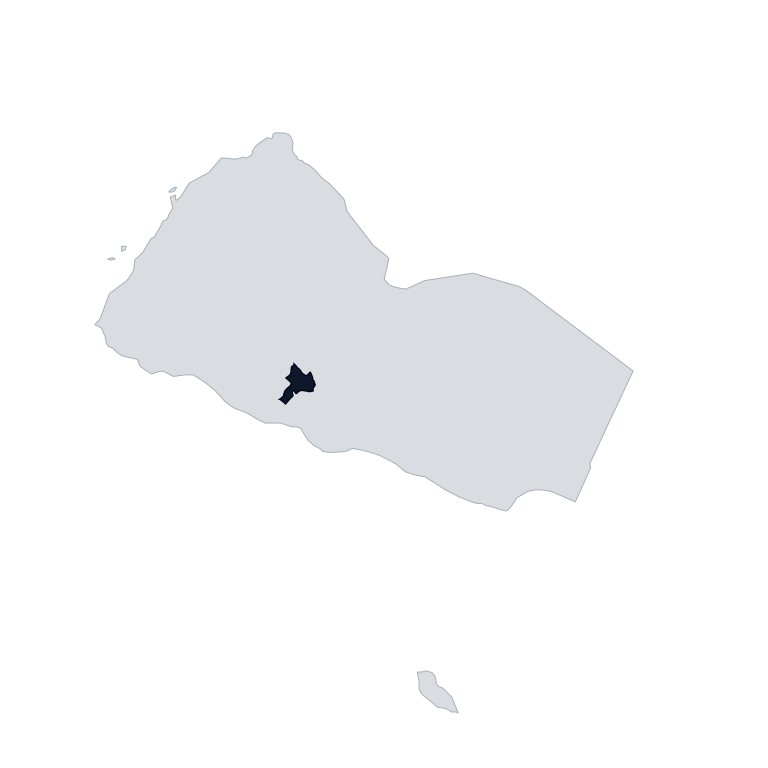 location of Ar Rawdah, Shabwah, Yemen, rotated 46°
{"feature_id": "15242507B21642495199859", "entity_name": "Ar Rawdah", "entity_type": "district", "adm_level": 2, "iso_a3": "YEM", "parent_name": "Yemen", "parent_adm1": "Shabwah", "projection": "natural_earth1", "projection_center": [47.316, 14.501], "detail": "fine", "context": "in_parent", "style": "filled", "palette": "ink", "viewbox_px": 768, "rotation_deg": 46, "n_neighbors": 0, "source": "geoboundaries", "source_scale": "gbopen_adm2", "svg_char_len": 5856}
<svg xmlns="http://www.w3.org/2000/svg" viewBox="0 0 768 768"><g transform="rotate(46 384 384)"><path d="M601.7,328.2L577.6,338.3L571.2,342.8L565.5,348.3L561.2,355.1L558.2,367.2L560.6,378.3L560.4,384.2L554.2,388.2L548.4,391.0L541.9,395.3L538.0,396.4L534.8,399.8L531.0,402.2L517.6,408.4L502.8,413.3L479.4,419.0L470.3,425.3L462.1,429.6L449.6,430.9L432.4,436.8L422.9,441.6L411.0,449.4L408.4,451.8L406.3,457.5L402.6,462.5L395.5,470.6L390.1,474.7L386.5,474.9L379.6,477.2L371.3,477.7L357.5,474.8L353.9,476.8L351.0,480.0L340.3,485.5L329.5,496.6L321.5,499.5L308.6,503.0L299.6,507.6L293.6,509.5L285.8,510.5L271.4,510.0L257.8,511.7L245.1,514.8L239.2,520.7L232.4,530.1L221.3,534.0L218.7,537.3L215.3,544.2L208.1,546.0L201.6,547.2L195.0,544.2L182.4,552.5L177.7,553.9L170.5,554.2L165.4,556.0L161.8,555.5L157.2,552.2L147.5,548.3L140.5,550.8L139.9,542.9L128.3,518.8L130.8,497.8L130.8,494.9L128.5,485.5L121.6,476.9L121.8,466.1L119.5,458.3L117.7,450.3L118.3,448.2L118.5,446.3L115.0,434.0L113.8,431.5L113.3,428.9L114.5,426.9L114.5,424.6L112.6,420.9L110.7,413.7L101.2,408.1L103.2,402.8L105.0,404.6L107.5,406.2L108.0,402.8L108.1,400.2L104.2,384.3L110.2,363.0L108.4,343.8L117.4,336.1L119.7,333.8L121.0,331.7L123.1,327.4L126.0,325.9L127.1,321.3L127.0,319.0L125.1,317.1L123.8,311.7L124.3,304.9L124.8,302.0L125.7,296.9L128.9,294.9L129.6,293.4L127.2,290.1L127.5,288.1L132.8,282.7L134.9,281.0L138.4,279.3L141.1,279.3L144.2,280.3L147.0,281.8L149.6,284.6L152.5,287.8L156.8,289.0L159.8,288.7L162.2,290.1L164.3,289.3L166.6,287.7L170.3,287.8L173.7,285.9L183.2,285.0L192.4,285.6L202.0,284.1L211.6,284.2L221.2,284.3L223.4,284.5L225.5,285.5L233.6,290.4L239.7,291.4L252.2,292.7L265.4,294.1L276.9,295.4L286.6,294.2L294.7,293.3L296.9,293.4L299.3,296.5L304.1,304.0L308.7,311.0L316.8,311.4L321.9,308.8L327.6,305.0L331.1,302.1L335.1,290.6L337.7,283.1L343.6,274.8L348.6,267.7L355.2,258.4L358.8,253.3L366.0,243.1L372.9,239.2L386.1,231.6L399.1,224.1L407.5,219.2L414.7,216.9L426.8,215.0L441.0,212.8L455.1,210.5L470.2,208.1L487.1,205.4L498.6,203.6L513.4,201.2L525.6,199.3L536.5,197.6L547.7,195.8L549.8,201.4L552.0,207.1L554.1,212.7L556.3,218.3L558.5,224.0L560.6,229.6L562.8,235.2L564.9,240.9L567.1,246.5L569.2,252.2L571.4,257.8L573.6,263.4L575.7,269.1L577.9,274.7L580.1,280.3L582.2,286.0L584.3,291.5L587.8,293.3L589.8,298.5L592.8,305.9L595.8,313.4L598.7,320.8L601.7,328.2ZM635.9,554.3L638.9,555.0L643.4,553.0L656.3,552.8L672.0,559.1L669.1,560.7L667.3,563.0L660.5,565.0L653.7,569.9L633.9,572.2L628.1,570.9L623.3,566.2L614.4,560.2L617.8,556.3L618.6,554.5L619.9,552.8L624.9,549.9L629.9,550.3L635.9,554.3ZM107.0,479.1L106.4,480.3L105.5,480.1L102.6,477.1L105.9,473.7L107.6,476.8L107.0,479.1ZM98.0,404.1L96.4,405.3L96.0,403.1L97.0,398.2L98.6,396.8L99.6,400.4L99.0,402.5L98.0,404.1ZM105.4,494.2L102.3,495.9L104.5,491.5L106.7,490.5L107.3,490.7L105.4,494.2Z" fill="#d9dde1" stroke="#a8b0b8" stroke-width="1"/><path d="M311.6,450.3L315.5,450.0L315.9,449.8L316.3,449.8L316.7,449.9L317.1,450.0L317.5,449.9L317.8,449.8L318.2,449.6L318.6,449.7L318.8,450.0L319.1,450.4L319.3,450.8L319.6,451.1L319.8,451.5L319.9,451.9L320.1,452.4L320.2,452.8L320.1,453.3L320.1,453.7L320.1,454.2L320.1,454.7L320.0,455.2L320.0,455.6L320.0,456.1L319.9,456.5L319.9,457.0L320.0,457.5L320.0,457.9L320.1,458.4L320.1,458.9L320.1,459.3L320.2,459.8L320.3,460.2L320.5,460.6L320.7,461.0L320.9,461.4L321.1,461.8L321.3,462.2L321.5,462.6L321.7,462.9L321.9,463.4L322.2,463.6L322.5,463.8L322.8,464.3L322.8,464.8L322.9,465.2L322.9,465.7L322.8,466.2L322.8,466.6L322.7,467.1L322.7,467.5L322.7,467.9L322.8,468.3L322.8,468.9L322.7,469.3L322.5,469.7L323.0,469.5L323.4,469.4L323.8,469.3L324.2,469.2L324.7,469.2L325.1,469.1L325.5,469.0L325.9,469.0L326.3,468.9L326.7,468.9L327.1,468.8L327.5,468.8L327.8,468.8L328.3,468.7L328.7,468.7L329.1,468.7L329.5,468.7L329.9,468.7L329.5,464.4L329.2,460.0L329.2,459.9L329.3,459.4L329.4,459.0L329.3,458.5L329.3,458.1L329.1,457.6L328.8,457.3L328.5,457.1L328.1,456.9L326.9,456.4L326.1,455.8L325.5,455.2L325.2,454.5L325.4,454.1L326.1,453.8L327.4,453.7L328.5,453.8L329.6,453.9L330.0,453.5L330.2,453.0L330.0,452.2L330.0,451.3L330.3,449.8L330.5,449.1L330.8,448.5L331.0,448.2L331.9,447.1L333.4,446.0L335.1,444.6L335.6,444.4L336.0,444.2L336.3,444.0L336.7,443.7L337.0,443.4L337.3,443.2L337.6,442.8L337.9,442.5L338.2,442.2L338.5,441.9L338.7,441.5L338.9,441.2L339.1,440.7L339.3,440.4L339.6,440.0L339.7,439.8L339.4,439.5L339.1,439.2L338.8,439.0L338.5,438.8L338.5,438.7L338.1,438.5L337.9,438.1L337.7,437.7L337.6,437.3L337.5,436.9L337.4,436.5L337.4,436.4L337.3,435.9L337.3,435.5L337.2,435.1L337.0,434.6L336.8,434.3L336.6,434.0L336.1,433.8L335.9,433.7L335.6,433.6L335.4,433.5L335.0,433.3L334.6,433.1L334.2,433.0L334.0,432.8L333.9,432.8L333.5,432.6L333.2,432.4L332.8,432.2L332.4,432.3L332.2,432.3L331.9,432.3L331.6,432.3L331.4,432.2L331.0,432.1L330.7,432.0L330.5,431.7L330.3,431.4L330.2,431.1L329.7,430.9L329.3,430.8L329.0,430.7L328.9,430.7L328.6,430.4L328.2,430.3L327.8,430.1L327.4,429.9L327.1,429.8L326.7,429.6L326.3,429.5L325.9,429.3L325.6,429.2L325.2,429.1L324.8,429.0L324.4,428.9L324.3,429.3L324.2,429.8L324.2,430.2L324.2,430.7L324.2,431.1L324.5,431.5L324.6,431.9L324.5,432.3L324.3,432.7L324.3,433.1L324.2,433.6L324.0,434.1L323.6,434.4L323.0,434.6L322.4,434.8L321.1,435.2L318.9,435.4L318.2,435.3L317.8,435.1L317.5,435.0L317.0,434.9L316.6,434.9L316.2,434.8L315.8,434.8L315.4,434.7L315.0,434.7L314.6,434.7L314.2,434.7L313.8,434.8L313.3,434.8L313.0,434.9L312.5,434.9L312.1,434.9L311.7,434.9L311.3,434.9L310.9,434.8L310.5,434.8L310.0,434.8L309.6,434.8L309.3,434.7L308.9,434.7L308.5,434.7L308.1,434.7L307.7,434.7L307.3,434.8L307.1,434.8L307.4,435.1L307.6,435.5L307.8,435.9L307.9,436.4L307.8,436.8L307.6,437.3L307.5,437.7L307.4,438.2L308.0,439.3L308.4,439.8L309.6,441.1L310.6,442.2L311.5,443.6L311.9,444.4L312.1,445.5L312.0,447.4L311.9,447.6L311.6,450.0L311.6,450.3L311.6,450.3Z" fill="#0f172a" stroke="#020617" stroke-width="1.5"/></g></svg>